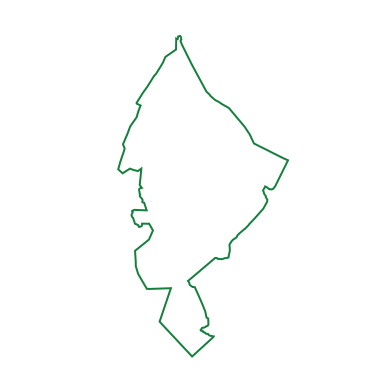 the district of Cualác, Guerrero, Mexico, rotated 327°
{"feature_id": "50627088B91833762276728", "entity_name": "Cualác", "entity_type": "district", "adm_level": 2, "iso_a3": "MEX", "parent_name": "Mexico", "parent_adm1": "Guerrero", "projection": "mercator", "projection_center": [-98.69, 17.735], "detail": "fine", "context": "isolated", "style": "outline", "palette": "green", "viewbox_px": 384, "rotation_deg": 327, "n_neighbors": 0, "source": "geoboundaries", "source_scale": "gbopen_adm2", "svg_char_len": 3592}
<svg xmlns="http://www.w3.org/2000/svg" viewBox="0 0 384 384"><g transform="rotate(327 192 192)"><path d="M289.8,217.7L286.9,213.3L270.4,185.1L271.8,174.9L271.7,172.6L271.7,166.2L268.7,141.7L265.1,134.8L264.3,132.8L263.8,131.7L263.2,130.4L262.2,128.8L261.5,127.4L261.4,127.0L261.1,126.1L260.9,125.3L260.5,124.1L260.2,122.8L259.8,121.5L259.7,119.2L259.0,116.8L258.8,115.7L261.3,84.7L263.8,63.1L264.0,62.2L264.4,59.8L264.8,58.9L266.2,58.2L267.2,55.5L267.0,54.7L265.1,54.0L263.7,55.4L263.6,55.8L263.1,55.9L262.7,55.6L262.3,54.8L256.2,63.8L243.3,64.2L237.7,67.9L226.5,73.2L223.4,74.0L212.0,79.3L209.2,80.4L204.6,82.2L194.0,87.1L193.9,88.0L196.0,91.5L195.3,91.9L191.2,94.9L186.2,99.2L179.9,101.7L175.8,103.4L169.9,107.8L160.1,114.4L159.2,118.9L156.1,121.5L151.9,124.8L148.9,127.2L148.5,127.5L142.5,132.8L144.0,138.5L152.2,138.6L152.7,138.6L154.7,141.4L158.0,145.0L162.2,144.8L156.7,151.8L152.0,157.6L152.0,159.3L152.2,161.2L150.5,160.6L149.6,160.6L148.8,161.4L148.4,162.2L148.0,163.3L147.1,165.1L147.3,165.7L145.9,167.1L146.4,170.6L146.2,171.9L145.5,172.6L144.9,173.2L144.9,173.6L146.0,175.0L144.0,182.7L141.2,180.8L134.1,175.7L133.3,175.4L132.9,175.4L132.5,175.5L132.2,175.4L131.6,175.2L131.5,175.3L131.4,175.5L131.2,175.7L131.2,175.8L131.2,176.0L131.3,176.2L131.4,176.3L131.4,176.5L131.2,176.6L131.1,176.8L130.9,177.0L130.7,177.1L130.3,177.3L130.0,177.4L129.8,177.5L129.5,177.8L129.2,178.0L128.9,178.3L128.7,178.5L128.6,178.8L128.5,179.0L128.5,179.4L128.5,179.6L128.4,179.7L128.4,179.8L128.3,180.0L128.2,180.6L128.3,181.0L128.5,181.6L128.4,181.8L128.3,182.2L127.9,183.8L127.7,184.8L127.5,185.7L126.9,187.0L126.9,187.4L127.0,187.8L127.5,188.4L127.7,188.7L128.0,188.9L128.1,189.3L128.2,189.6L128.4,190.0L128.6,190.3L128.8,190.5L128.8,190.9L128.6,191.5L128.5,191.8L128.5,192.4L129.0,192.7L130.4,193.1L131.5,193.0L132.1,192.6L132.9,191.4L134.9,192.7L137.9,194.7L138.8,195.2L138.3,203.0L130.1,208.4L128.7,208.6L112.2,210.3L111.6,211.4L109.5,215.1L106.7,220.1L104.5,223.5L102.2,231.5L101.4,248.7L103.3,249.9L103.3,250.0L121.9,261.2L94.2,283.1L99.1,310.9L102.5,330.0L130.8,325.3L131.5,324.9L131.1,324.6L130.5,324.0L129.7,323.0L128.9,322.4L128.3,321.5L128.1,320.7L128.2,320.2L128.2,319.9L128.1,319.7L126.8,318.8L126.3,317.7L126.3,317.3L126.3,317.1L126.0,316.9L125.8,316.6L125.6,316.2L125.6,315.6L125.6,315.1L125.3,315.0L125.0,315.0L124.8,314.8L124.8,314.6L124.8,314.0L124.7,313.5L124.6,313.3L124.3,313.1L124.0,313.0L124.0,312.5L124.3,312.3L125.1,312.1L125.8,311.8L126.3,311.5L127.2,311.7L127.7,312.1L129.4,312.5L129.8,312.5L130.5,312.3L132.1,312.8L133.6,312.1L136.7,306.9L135.8,305.2L138.0,299.5L139.2,293.8L141.0,283.3L142.5,273.3L142.3,273.1L140.8,272.0L139.5,268.8L140.3,266.5L140.2,264.4L155.6,262.5L157.5,262.2L168.2,260.9L169.4,260.7L175.5,259.9L176.8,260.8L177.2,262.1L178.3,262.9L179.3,263.7L180.8,264.8L183.0,265.2L185.2,266.2L185.9,266.4L186.0,266.5L187.0,266.8L188.6,264.9L191.3,262.4L192.7,260.4L193.8,258.3L194.8,256.5L197.5,255.3L197.7,255.1L200.0,254.4L202.0,254.3L202.3,254.3L203.5,254.4L204.8,254.2L206.1,253.4L207.3,252.9L209.0,252.6L209.3,252.5L209.5,252.5L211.2,252.3L212.6,252.1L214.4,251.9L215.8,251.7L217.3,251.5L218.2,251.3L219.8,251.0L220.6,250.8L221.4,250.6L222.3,250.2L230.5,248.2L242.8,244.8L249.8,241.0L251.0,239.5L251.0,238.5L251.1,236.4L251.6,235.9L251.7,235.0L251.5,233.8L251.6,232.7L252.0,231.4L252.3,230.5L252.3,229.7L253.0,229.0L254.8,228.1L256.1,227.8L256.4,227.3L256.8,227.8L257.1,228.5L257.4,229.0L257.8,229.9L258.0,231.0L258.5,231.9L259.0,232.0L259.7,232.8L260.1,233.2L261.9,233.5L264.9,232.5L289.8,217.7Z" fill="none" stroke="#15803d" stroke-width="2"/></g></svg>